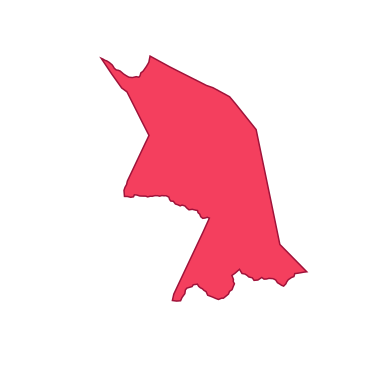 Brejo Santo, Ceará, Brazil, rotated 24°
{"feature_id": "56859067B35872262147230", "entity_name": "Brejo Santo", "entity_type": "district", "adm_level": 2, "iso_a3": "BRA", "parent_name": "Brazil", "parent_adm1": "Ceará", "projection": "orthographic", "projection_center": [-38.931, -7.585], "detail": "fine", "context": "isolated", "style": "filled", "palette": "rose", "viewbox_px": 384, "rotation_deg": 24, "n_neighbors": 0, "source": "geoboundaries", "source_scale": "gbopen_adm2", "svg_char_len": 2033}
<svg xmlns="http://www.w3.org/2000/svg" viewBox="0 0 384 384"><g transform="rotate(24 192 192)"><path d="M98.4,84.9L99.3,88.9L99.8,91.0L99.6,93.1L99.3,95.7L98.2,101.4L96.8,104.1L97.3,106.9L96.7,108.8L94.2,109.3L91.0,111.7L87.6,112.8L84.6,112.5L81.4,112.0L79.5,111.4L77.1,110.7L75.1,110.8L73.2,111.3L70.7,110.6L68.9,109.3L67.2,108.3L63.7,107.3L60.8,106.9L58.8,107.1L56.9,106.8L54.7,106.8L70.6,116.8L85.5,125.6L91.9,127.0L110.3,142.0L117.1,147.6L119.2,149.3L129.7,157.8L129.6,163.4L129.5,165.4L129.0,187.2L128.7,200.5L128.5,208.3L129.2,211.7L128.9,215.0L129.2,218.2L132.1,223.5L135.0,222.3L138.1,221.8L140.5,220.2L140.5,218.0L142.8,217.2L145.9,216.9L148.6,215.8L151.4,214.6L153.5,214.5L155.5,212.9L157.4,212.1L159.6,210.4L162.2,209.3L164.1,209.0L165.9,207.5L167.8,206.9L169.9,205.9L173.0,206.1L174.5,207.9L176.2,208.9L178.8,208.1L181.7,209.7L184.5,209.4L186.8,209.5L188.2,208.0L191.1,207.6L194.2,208.9L196.5,209.5L199.3,207.7L202.3,207.2L204.6,206.7L205.9,208.4L208.1,209.1L210.0,211.0L212.5,211.7L214.6,210.4L216.2,208.9L218.5,208.8L218.4,224.5L217.1,283.2L216.9,292.7L218.2,299.1L222.3,297.9L225.8,296.0L225.8,292.5L226.3,290.0L226.8,287.8L225.8,284.1L226.5,281.8L230.5,278.4L230.9,276.2L234.4,274.0L236.5,275.5L238.7,276.1L240.9,276.2L242.9,277.0L245.4,277.3L248.3,279.9L253.4,279.6L257.0,279.6L259.9,279.4L262.2,277.0L263.9,276.2L265.7,272.7L266.8,270.4L266.7,267.5L268.3,264.9L268.1,260.9L268.1,258.6L266.1,257.0L265.4,255.0L262.4,252.0L264.4,248.6L266.8,243.3L270.8,246.1L273.8,245.4L276.4,245.8L278.3,246.5L282.1,245.9L284.6,247.5L288.0,245.6L290.5,241.7L293.2,242.3L295.4,241.2L297.4,239.6L301.3,238.2L304.2,238.3L307.0,240.1L309.6,240.4L311.7,240.8L314.0,240.7L315.1,237.7L315.1,235.6L315.6,233.0L317.7,229.6L319.5,227.8L319.1,224.7L321.0,223.6L324.2,221.5L326.8,219.7L329.3,218.2L293.6,204.2L268.6,169.3L259.9,157.2L253.8,148.7L243.0,133.7L225.2,108.9L196.0,93.8L187.6,89.7L185.2,89.5L168.7,88.2L161.8,88.8L144.1,87.9L129.5,87.2L124.1,86.9L120.4,86.7L98.4,84.9Z" fill="#f43f5e" stroke="#9f1239" stroke-width="1.5"/></g></svg>